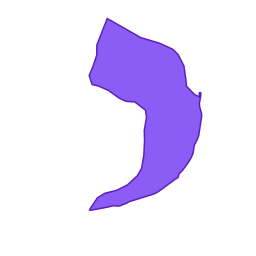 map outline of Benghazi (orthographic projection), rotated 208°
{"feature_id": "LBY-2984", "entity_name": "Benghazi", "entity_type": "Municipality", "adm_level": 1, "iso_a3": "LBY", "parent_name": "Libya", "parent_adm1": "", "projection": "orthographic", "projection_center": [20.37, 31.785], "detail": "fine", "context": "isolated", "style": "filled", "palette": "violet", "viewbox_px": 256, "rotation_deg": 208, "n_neighbors": 0, "source": "natural_earth", "source_scale": "10m", "svg_char_len": 956}
<svg xmlns="http://www.w3.org/2000/svg" viewBox="0 0 256 256"><g transform="rotate(208 128 128)"><path d="M80.4,193.3L79.0,191.0L76.6,183.4L74.5,180.1L70.1,175.6L68.5,173.1L61.9,154.2L61.4,149.3L61.3,144.2L60.9,142.3L59.2,137.9L58.6,135.7L58.3,130.9L58.6,125.6L60.0,115.9L61.4,111.5L61.2,110.4L60.8,109.1L60.6,107.8L61.1,106.7L62.3,104.9L71.4,85.9L73.7,82.4L92.4,63.5L94.0,61.0L98.7,55.3L100.7,54.1L104.6,52.4L106.4,50.9L107.7,49.5L122.0,38.1L123.3,37.5L123.5,39.2L123.5,39.3L122.2,52.1L117.8,59.5L109.0,67.4L101.8,77.5L97.3,90.3L97.1,98.9L101.2,111.3L107.3,124.3L112.5,133.5L116.6,145.9L120.8,151.9L134.2,154.2L142.3,150.6L149.9,150.2L162.8,152.0L174.6,151.1L180.0,149.5L186.9,156.1L187.8,165.8L189.8,177.6L194.5,186.8L197.7,214.9L159.3,213.8L139.8,217.7L125.4,218.5L118.4,216.4L107.8,209.1L100.4,199.0L96.0,192.4L85.1,188.8L79.5,189.0L79.8,190.0L81.0,191.2L81.2,191.7L81.5,192.7L80.4,193.3Z" fill="#8b5cf6" stroke="#5b21b6" stroke-width="1.5"/></g></svg>